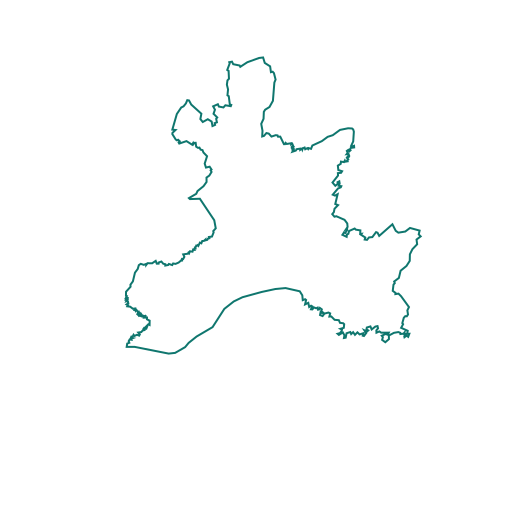 Phon Phisai, Nong Khai, Thailand, rotated 228°
{"feature_id": "78962969B13361717862760", "entity_name": "Phon Phisai", "entity_type": "district", "adm_level": 2, "iso_a3": "THA", "parent_name": "Thailand", "parent_adm1": "Nong Khai", "projection": "equal_earth", "projection_center": [103.15, 17.983], "detail": "fine", "context": "isolated", "style": "outline", "palette": "teal", "viewbox_px": 512, "rotation_deg": 228, "n_neighbors": 0, "source": "geoboundaries", "source_scale": "gbopen_adm2", "svg_char_len": 6154}
<svg xmlns="http://www.w3.org/2000/svg" viewBox="0 0 512 512"><g transform="rotate(228 256 256)"><path d="M417.9,365.8L416.7,365.3L413.5,359.1L411.9,359.5L405.8,354.5L405.6,352.3L402.8,349.0L398.5,346.7L394.5,342.3L393.0,342.7L386.2,338.0L384.8,338.7L384.2,337.5L388.5,334.1L388.2,331.2L391.9,328.4L394.3,329.2L395.9,324.3L392.2,323.4L390.1,319.6L384.9,319.9L384.6,318.2L381.5,316.4L382.4,314.2L380.8,313.3L381.7,310.6L385.6,313.0L389.9,311.7L391.2,306.1L395.0,306.3L398.3,310.6L411.9,309.2L416.4,310.3L417.8,309.2L416.3,306.0L415.7,302.3L416.4,299.8L414.5,292.2L405.9,278.4L403.5,280.5L403.4,276.3L402.6,275.4L396.3,274.3L394.9,274.6L394.5,275.9L392.3,276.1L392.2,274.5L390.9,274.2L387.9,281.2L381.5,283.0L382.0,284.7L381.0,284.2L381.3,285.9L380.5,286.9L377.3,284.7L375.1,285.3L374.4,286.5L372.1,286.0L370.5,287.1L368.1,286.2L362.9,286.4L359.0,279.7L355.2,278.0L353.4,281.3L350.0,280.8L350.0,279.6L348.2,279.2L347.0,275.1L347.4,271.7L344.1,268.8L343.0,263.7L343.4,256.0L342.2,253.2L343.9,244.9L342.5,245.0L336.1,252.6L310.5,248.9L303.5,244.6L303.1,240.9L301.9,240.3L299.9,236.3L301.6,233.8L300.4,233.2L301.1,231.9L300.6,230.6L301.5,228.8L302.1,229.4L302.1,227.3L303.1,226.1L302.0,223.9L303.5,223.3L302.1,219.9L303.2,219.9L303.3,218.5L304.2,219.3L303.1,217.6L303.3,216.4L302.0,216.0L302.8,214.1L301.9,214.1L302.6,213.2L301.7,211.7L303.7,210.1L302.7,208.0L303.7,208.0L303.3,206.9L305.9,203.0L303.3,202.2L302.5,199.9L303.4,199.1L302.9,198.0L301.6,198.7L302.8,197.0L302.9,194.1L304.0,190.9L305.9,189.4L305.3,187.7L308.4,185.9L308.1,184.7L309.6,182.2L310.6,183.1L312.3,181.9L315.2,182.0L316.3,179.3L315.5,178.5L316.7,177.1L319.5,178.2L320.1,173.9L323.2,170.6L322.8,168.4L323.6,169.1L324.5,166.7L327.3,165.1L327.6,162.8L325.5,159.4L324.6,154.9L319.5,147.5L318.7,143.5L317.1,142.2L316.4,135.5L313.5,132.8L312.6,133.2L311.8,131.0L311.2,131.8L310.7,130.6L310.3,131.7L309.3,129.6L309.0,130.8L308.4,129.9L307.0,130.6L307.6,129.9L306.4,129.6L306.6,127.4L305.1,128.0L304.7,126.7L302.5,128.6L299.2,129.2L298.0,130.9L297.2,129.4L296.5,129.9L297.0,130.6L295.8,130.0L296.0,131.1L293.8,130.8L293.2,131.7L291.9,131.1L292.7,130.0L292.3,129.2L291.4,130.2L291.1,129.0L289.9,129.2L290.1,128.2L289.4,129.7L290.3,131.9L288.7,131.7L288.4,130.2L286.9,131.0L286.5,131.7L287.3,132.1L285.5,133.3L285.5,134.7L284.9,131.8L283.2,133.8L281.9,132.6L279.1,133.7L276.0,130.8L277.3,130.3L277.1,126.7L276.3,127.7L275.4,125.9L277.4,124.8L277.2,123.9L276.0,124.7L275.5,123.7L276.5,121.8L276.2,119.9L277.9,117.3L275.5,117.2L275.0,115.9L277.1,114.8L277.9,112.2L279.4,112.3L278.6,110.4L279.5,109.5L278.9,108.2L277.5,109.3L278.1,107.8L277.1,107.4L278.5,106.2L277.9,104.4L276.3,103.8L277.1,101.7L275.0,99.1L269.8,104.9L241.9,125.8L238.1,131.1L235.7,142.4L236.5,147.8L235.9,158.0L232.2,176.1L237.9,197.1L237.1,209.1L234.4,218.4L225.4,236.3L218.5,248.3L212.4,256.5L200.5,264.9L195.8,264.1L191.9,261.2L191.0,263.6L189.8,263.8L187.2,260.1L186.2,263.5L182.5,261.4L182.2,263.7L180.9,264.1L179.6,261.2L178.6,262.1L179.0,264.7L176.9,265.7L176.4,267.3L174.6,266.2L174.1,267.1L174.7,268.7L172.3,269.2L171.3,267.6L169.2,268.0L169.3,267.0L171.1,266.5L169.3,264.1L166.8,265.3L167.4,268.3L165.5,272.0L163.7,272.7L161.9,270.0L160.7,271.5L156.0,271.7L152.9,274.6L150.1,273.7L147.7,275.8L146.3,275.9L143.9,273.2L145.4,270.0L143.7,270.6L143.0,269.5L142.5,266.8L143.6,264.6L141.9,264.8L141.0,269.4L137.8,268.6L136.2,266.5L135.3,268.0L138.0,271.6L136.4,275.2L134.3,274.5L134.4,277.2L131.2,276.8L131.4,280.3L128.4,280.5L126.8,284.1L125.4,282.0L124.3,282.7L125.0,286.3L128.2,286.8L125.6,287.9L125.6,289.6L127.6,289.0L128.7,290.5L127.1,293.9L124.0,292.8L123.7,297.5L122.6,299.4L120.6,298.3L120.2,295.7L118.4,294.2L117.4,297.2L115.3,297.7L110.2,303.4L109.3,301.2L111.3,300.2L112.6,296.1L110.8,296.0L109.3,293.6L105.4,294.4L105.3,299.2L108.0,301.5L106.6,307.1L104.2,310.9L102.4,311.8L101.4,311.1L99.6,313.6L99.8,315.2L98.9,314.0L97.5,315.5L97.2,312.5L96.3,312.0L96.1,314.6L94.1,315.0L95.6,317.9L97.0,316.2L98.9,318.7L105.5,315.8L106.9,319.7L108.2,319.8L111.2,324.5L111.4,326.7L110.3,327.7L110.8,329.8L114.3,332.1L115.7,335.5L129.0,336.9L132.7,336.7L134.4,334.1L135.2,335.0L138.6,334.3L142.7,339.0L143.0,341.0L144.6,341.6L144.1,347.5L148.3,353.6L147.9,361.1L149.5,367.0L154.3,371.5L156.4,376.8L156.9,383.6L160.8,386.3L160.4,391.5L163.2,391.4L165.4,394.6L173.8,389.2L174.3,383.3L178.1,377.4L181.2,376.7L188.3,378.6L188.5,361.0L192.0,361.9L193.4,361.2L192.2,355.1L194.2,352.4L193.7,349.3L195.5,347.8L196.6,349.6L201.7,348.2L201.9,349.3L202.7,348.2L205.2,350.7L208.8,347.8L210.4,347.7L212.3,341.9L210.7,339.5L211.2,338.0L209.6,336.2L213.9,334.4L214.7,337.4L213.4,337.7L214.3,341.1L215.2,341.9L215.6,340.7L216.3,343.5L219.1,345.6L223.6,346.0L231.8,342.3L232.7,340.6L236.1,340.7L236.5,343.2L238.6,346.0L238.9,351.0L241.6,349.7L247.3,358.0L248.0,355.1L250.2,354.1L251.3,362.1L250.3,365.0L250.8,366.1L252.8,364.5L253.9,366.7L255.8,367.9L256.3,366.0L254.9,365.0L255.1,361.9L259.4,362.0L260.9,370.8L262.8,372.3L260.9,374.9L261.4,376.7L264.8,374.7L268.4,377.3L267.8,380.6L269.3,382.3L266.9,384.2L267.5,385.9L266.3,385.5L265.1,387.4L266.0,387.7L266.0,389.1L268.3,389.3L268.6,391.3L267.6,391.3L267.9,392.2L269.9,393.0L271.0,391.5L271.3,393.2L273.3,393.8L273.1,395.6L271.3,395.4L271.3,397.0L272.5,397.2L272.9,398.8L271.0,401.6L272.3,402.6L273.1,400.5L274.1,400.2L276.1,404.9L282.9,411.9L285.0,412.9L286.5,412.7L289.3,409.9L293.5,402.8L294.4,393.9L296.6,389.0L297.3,381.8L300.4,371.8L298.8,368.6L301.0,367.3L300.6,366.3L301.8,366.3L302.4,364.0L304.1,364.7L304.7,362.8L304.1,361.7L305.0,362.1L305.3,359.9L306.2,360.7L308.1,357.8L307.7,356.1L309.1,352.9L310.0,355.4L310.8,354.5L311.7,356.4L312.5,355.0L313.2,355.5L313.0,357.3L315.0,358.0L315.4,356.8L316.2,357.7L318.7,353.8L320.2,353.7L319.7,352.4L320.4,351.6L328.5,353.9L329.9,352.2L331.2,352.7L332.6,351.5L334.4,347.4L338.4,347.4L340.4,346.0L339.9,342.3L340.7,340.6L344.7,344.6L350.7,348.3L352.9,353.4L357.9,358.3L358.6,360.7L357.7,365.7L360.0,372.4L372.6,385.7L374.0,388.6L379.9,391.7L381.8,391.7L382.6,390.1L387.5,393.4L393.6,391.7L398.8,394.1L401.1,390.8L405.8,379.2L407.1,370.9L408.5,371.3L413.8,367.4L416.5,368.2L417.9,365.8Z" fill="none" stroke="#0f766e" stroke-width="2"/></g></svg>